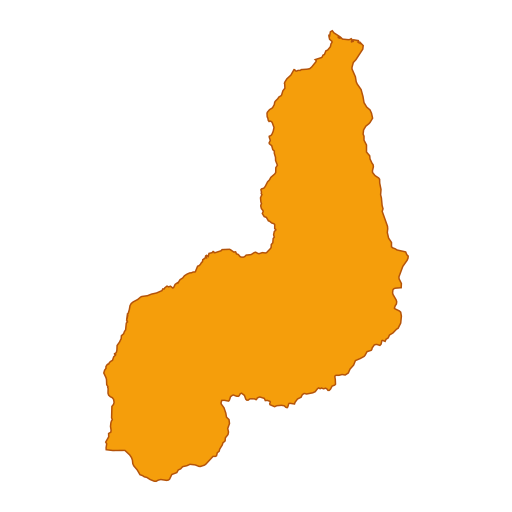 the State of Piauí
{"feature_id": "BRA-622", "entity_name": "Piauí", "entity_type": "State", "adm_level": 1, "iso_a3": "BRA", "parent_name": "Brazil", "parent_adm1": "", "projection": "albers", "projection_center": [-42.942, -6.821], "detail": "fine", "context": "isolated", "style": "filled", "palette": "amber", "viewbox_px": 512, "rotation_deg": 0, "n_neighbors": 0, "source": "natural_earth", "source_scale": "10m", "svg_char_len": 6052}
<svg xmlns="http://www.w3.org/2000/svg" viewBox="0 0 512 512"><path d="M330.4,31.8L332.3,30.7L333.9,32.8L340.2,36.9L340.6,37.6L339.1,36.8L339.5,37.6L338.3,37.2L338.3,37.6L339.6,38.2L341.0,37.6L342.5,39.1L348.4,39.7L349.9,39.5L351.2,38.7L352.1,39.7L351.6,41.0L352.3,41.0L352.0,41.7L353.1,41.4L352.6,40.1L353.6,39.8L358.4,40.6L358.8,41.6L358.0,42.1L359.1,42.9L359.8,42.9L360.3,43.6L360.6,43.6L360.6,42.9L363.2,45.6L362.8,49.1L355.9,59.7L353.3,62.5L352.0,67.3L352.0,69.0L355.4,76.8L356.2,81.7L357.2,84.0L361.1,89.6L363.0,96.6L364.0,102.6L366.7,107.1L370.0,109.9L371.5,113.2L372.6,118.2L370.0,122.5L368.9,123.7L365.8,126.2L363.6,129.9L363.1,134.1L364.0,136.2L364.0,140.2L366.5,145.0L366.5,152.0L369.7,155.8L370.0,158.9L372.0,163.2L373.1,164.7L373.4,166.8L372.5,170.5L372.5,172.4L375.0,175.6L378.7,178.0L379.6,179.3L379.7,183.1L381.0,189.5L380.6,194.8L381.4,197.9L382.1,205.4L383.0,208.8L382.2,211.4L387.5,226.3L387.7,228.8L387.3,232.5L388.6,238.1L391.5,242.5L391.5,246.8L392.8,247.9L395.0,248.7L397.1,250.0L405.2,251.8L405.7,252.0L406.8,254.7L408.2,256.1L408.0,258.2L407.1,260.3L402.8,266.4L398.9,276.9L399.1,278.9L401.4,283.5L401.2,287.7L395.2,288.2L393.6,288.9L392.9,289.9L392.6,292.6L392.9,294.3L396.2,300.0L396.7,301.8L396.4,304.0L395.2,305.8L394.4,308.2L395.1,308.9L399.3,310.9L400.7,312.2L401.4,316.2L400.7,323.1L398.1,328.3L396.5,329.2L393.0,332.9L389.5,335.0L388.2,337.9L386.0,339.3L385.1,341.4L382.7,340.4L381.9,340.6L381.1,344.1L379.9,345.4L376.7,344.4L374.4,344.8L372.2,347.9L371.8,349.5L371.2,350.3L367.0,351.7L365.1,355.2L364.1,356.4L360.3,358.5L355.4,360.6L353.6,365.1L350.0,369.1L348.3,373.0L345.2,375.0L342.1,374.5L339.0,375.3L335.9,375.3L335.1,375.9L334.8,376.7L335.3,379.4L335.5,384.2L334.7,385.1L332.1,386.1L330.5,389.1L329.2,390.4L328.0,390.4L326.8,388.8L325.5,388.2L323.6,388.8L321.4,388.0L320.1,388.7L318.7,387.9L317.5,388.7L315.2,391.7L312.8,392.8L306.6,394.0L304.5,393.5L303.6,393.7L302.1,395.0L301.1,397.2L297.5,399.0L295.0,402.4L294.5,404.0L290.0,403.3L289.1,403.4L288.6,404.1L287.8,406.9L287.1,407.7L285.7,407.2L284.3,405.8L281.5,405.3L276.8,405.7L274.6,406.7L270.0,404.7L269.7,403.8L270.3,402.0L269.9,401.3L267.3,400.4L265.3,400.6L264.3,398.4L260.3,397.1L259.5,397.0L257.4,397.9L256.4,399.6L255.8,399.6L254.7,398.9L250.5,398.8L249.5,399.1L248.1,400.2L246.7,400.1L245.8,399.2L244.4,395.4L241.6,393.2L240.2,393.8L239.2,395.7L238.3,396.3L236.5,396.2L233.4,395.0L232.4,395.3L230.6,396.6L229.3,400.3L228.6,401.1L224.3,400.3L221.7,400.4L221.0,403.0L221.3,404.1L224.0,407.8L225.8,413.1L226.5,417.2L229.0,419.6L229.5,423.5L227.7,428.5L228.5,432.0L228.0,434.5L225.4,437.8L225.1,440.9L222.8,443.0L222.3,444.9L219.7,449.1L219.1,451.3L217.3,452.7L216.5,455.8L215.4,456.4L213.0,456.4L205.7,464.3L204.3,465.2L200.3,466.5L199.0,466.4L195.2,464.9L190.0,464.3L186.9,465.7L182.6,466.7L180.6,468.9L178.3,469.9L176.8,472.6L171.8,474.5L169.6,479.1L168.5,480.0L166.7,480.4L160.8,479.5L158.3,480.1L156.1,481.3L154.2,481.2L150.1,479.5L146.8,477.4L144.3,476.8L142.5,475.6L140.0,474.7L137.2,469.9L133.8,465.9L132.8,463.7L132.4,460.1L131.5,457.6L129.7,454.9L124.9,450.4L112.8,450.5L106.2,449.7L106.1,447.7L106.7,443.8L105.7,442.1L108.7,436.8L108.6,433.5L110.8,432.2L111.1,430.3L110.5,426.4L110.9,422.8L111.4,421.1L112.3,419.7L111.6,417.7L111.9,406.4L113.5,404.4L114.1,402.4L113.6,399.4L112.3,397.7L110.3,396.7L108.6,395.1L108.0,393.2L108.1,388.4L107.7,387.5L108.0,386.8L106.7,384.7L106.5,379.6L106.0,377.7L103.8,373.0L104.6,370.2L106.0,368.3L105.9,366.8L106.7,365.2L107.8,364.1L108.6,364.1L109.4,362.6L110.5,361.5L112.5,360.3L113.7,356.8L115.5,355.1L115.6,354.6L114.6,354.2L114.5,353.8L116.3,352.6L116.9,350.2L117.1,345.5L119.5,342.1L121.2,338.6L121.4,335.7L123.6,333.8L124.5,331.4L125.6,329.9L126.3,323.1L127.5,321.9L126.7,320.8L127.1,320.4L126.7,319.4L127.1,316.6L127.4,317.1L127.8,315.1L127.4,314.0L128.2,313.3L129.3,309.7L130.0,305.7L131.2,303.5L133.2,301.9L137.7,299.5L140.7,297.0L141.8,296.5L147.5,295.7L151.5,294.1L156.5,293.0L162.0,290.6L162.8,288.9L164.1,289.0L164.8,287.8L167.0,286.1L168.5,286.9L170.5,286.2L172.7,288.0L173.6,287.6L175.1,284.4L177.5,282.7L177.9,283.1L180.1,279.6L182.7,278.0L184.4,275.8L187.0,274.1L189.8,272.9L191.4,272.8L193.2,272.0L194.9,272.0L195.4,271.6L197.6,266.2L199.0,265.7L200.3,264.5L201.5,262.5L202.5,261.7L202.8,259.6L203.8,259.2L204.9,258.0L205.6,257.6L205.3,257.8L206.5,257.9L206.4,257.2L205.5,256.3L205.7,255.9L206.7,255.3L208.2,256.5L209.0,253.4L212.0,252.7L213.1,251.5L213.7,251.7L214.2,252.7L215.1,252.7L221.0,250.8L222.1,249.6L229.5,249.3L231.1,250.0L230.8,250.0L233.9,252.1L235.4,251.8L235.8,252.1L236.4,253.8L238.3,254.5L240.1,256.6L241.2,257.1L243.4,257.2L244.8,256.5L246.2,255.1L251.1,254.6L254.2,252.6L255.6,252.2L258.0,253.5L259.1,253.7L262.4,252.6L265.5,253.0L266.6,252.6L270.5,248.5L271.1,247.5L271.3,244.5L272.8,242.8L273.2,238.4L274.3,237.2L273.6,234.8L274.3,231.5L275.8,230.0L275.7,229.3L274.7,228.7L274.7,224.6L273.9,223.7L271.7,223.0L269.5,221.2L268.4,220.9L266.4,217.4L264.2,216.6L262.3,213.5L263.2,211.5L263.0,210.6L261.4,208.6L260.8,206.3L260.8,205.2L261.5,203.7L260.9,201.9L260.5,197.8L261.9,194.6L261.2,193.5L261.5,192.1L260.9,189.7L261.5,188.9L263.8,188.2L265.2,186.5L267.6,181.8L269.4,180.0L270.8,177.4L274.7,174.0L275.7,172.5L275.8,167.7L277.4,165.2L275.6,160.6L275.5,157.3L274.3,153.3L274.3,151.0L272.8,149.7L271.7,145.7L269.4,143.8L269.1,142.9L270.3,140.4L269.3,137.4L269.2,136.3L271.2,135.3L272.1,133.9L273.2,131.3L274.0,127.5L272.1,122.3L270.7,121.2L269.8,121.1L269.1,121.5L268.3,120.5L267.8,118.0L267.2,116.9L267.0,113.2L267.4,112.2L269.5,109.7L272.5,107.8L274.3,104.6L274.7,102.2L275.4,101.1L277.9,98.6L278.8,97.1L281.1,95.7L281.6,95.0L282.9,90.8L284.9,88.2L284.7,84.0L284.4,83.3L285.0,81.8L286.9,78.8L290.9,75.1L294.0,69.6L294.7,69.7L295.4,70.8L296.5,71.1L298.1,70.4L300.4,70.4L301.2,69.6L307.1,69.2L309.7,68.7L311.8,66.9L316.1,61.5L316.2,60.5L315.2,59.6L321.4,57.6L322.1,57.1L323.0,55.1L324.4,54.5L325.9,50.8L327.6,50.1L330.4,46.7L331.0,43.9L332.0,42.3L331.9,41.3L329.6,39.3L329.0,36.7L328.9,35.6L329.6,36.0L330.4,31.8Z" fill="#f59e0b" stroke="#b45309" stroke-width="1.5"/></svg>